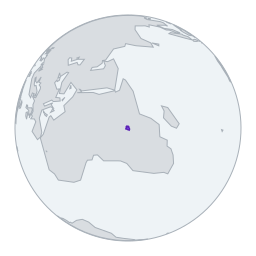 the Earth from above Burundi, rotated 301°
{"feature_id": "BDI", "entity_name": "Burundi", "entity_type": "country or territory", "adm_level": 0, "iso_a3": "BDI", "parent_name": "Africa", "parent_adm1": "", "projection": "orthographic", "projection_center": [29.996, -3.384], "detail": "fine", "context": "on_globe", "style": "filled", "palette": "violet", "viewbox_px": 256, "rotation_deg": 301, "n_neighbors": 0, "source": "natural_earth", "source_scale": "50m", "svg_char_len": 6019}
<svg xmlns="http://www.w3.org/2000/svg" viewBox="0 0 256 256"><g transform="rotate(301 128 128)"><circle cx="128" cy="128" r="113" fill="#eef3f6" stroke="#a8b0b8"/><path d="M16.4,112.7L16.1,116.0L17.0,118.8L17.1,123.4L16.8,126.5L17.6,127.1L17.6,129.1L22.3,131.4L26.2,135.9L27.1,142.8L25.8,151.0L29.2,168.0L28.2,174.0L31.0,180.8L35.6,190.9L34.6,190.6L38.1,195.2L40.1,198.3L40.3,198.7L43.1,202.1L38.1,195.9L33.5,189.3L29.4,182.4L25.8,175.3L22.7,167.9L20.1,160.3L18.1,152.5L16.6,144.6L15.7,136.7L15.4,128.7L15.6,120.7L16.4,112.7ZM58.4,216.5L57.3,215.4L58.0,215.9L59.0,216.8L58.4,216.5ZM229.9,79.9L231.6,84.0L231.5,86.0L232.2,87.9L230.6,85.2L230.8,88.5L235.7,100.7L236.4,104.0L235.7,109.5L235.2,106.9L231.0,99.7L232.0,107.6L235.2,115.2L236.4,123.7L234.6,120.5L233.2,113.1L231.7,110.3L230.9,103.3L227.3,92.8L225.5,94.2L224.4,90.1L219.2,81.6L215.9,83.4L211.4,93.1L212.7,103.6L210.3,108.0L202.6,92.4L199.1,82.5L196.3,83.2L188.3,74.9L174.7,73.8L172.7,71.4L170.2,72.5L164.5,70.0L161.5,66.1L158.1,66.3L166.2,76.6L169.8,76.5L172.8,72.7L174.4,76.4L179.8,80.0L173.9,89.0L153.6,97.1L151.6,89.3L136.0,69.3L136.5,67.1L136.4,66.9L136.2,66.4L134.8,69.9L132.1,66.3L140.5,79.8L141.9,85.9L153.3,97.6L152.3,98.8L156.0,101.3L167.7,98.5L167.8,101.1L162.2,113.4L146.0,130.6L148.1,142.6L147.0,152.9L136.9,159.8L137.8,167.9L132.6,170.8L132.3,175.5L128.1,180.5L121.1,185.3L109.2,185.7L108.4,181.5L102.4,173.5L94.0,154.2L97.0,145.2L95.9,138.4L87.3,124.0L89.2,115.7L86.9,112.5L82.1,113.6L79.5,109.8L76.6,109.9L58.9,114.2L53.6,109.6L47.5,95.1L50.8,88.7L51.6,81.9L74.4,57.9L79.0,58.6L96.7,54.8L98.8,55.5L96.5,60.3L109.6,65.7L114.1,61.5L126.2,64.6L134.4,64.5L137.7,55.6L124.3,55.5L122.2,51.4L133.1,47.8L144.9,48.6L144.5,47.0L137.2,43.5L140.1,41.0L134.7,42.2L136.8,43.7L133.5,44.6L131.4,43.4L132.5,42.4L129.0,41.8L124.6,47.0L126.2,49.1L117.0,50.3L118.7,54.1L116.2,56.0L112.2,50.4L112.7,48.3L105.2,43.0L103.8,45.2L110.8,50.5L108.5,50.1L106.7,53.7L106.3,50.7L99.0,44.9L90.8,46.9L79.9,56.3L75.2,57.6L71.4,56.4L75.7,47.5L85.8,45.8L87.5,43.1L85.8,39.9L89.0,39.9L89.5,38.5L93.4,38.0L99.1,34.5L103.1,33.9L105.6,30.2L108.0,29.6L105.8,31.8L106.4,33.3L116.2,32.7L118.2,31.9L119.1,29.7L121.7,30.1L121.3,28.0L127.1,27.3L119.7,26.7L120.5,24.7L124.2,23.2L123.1,22.6L117.1,25.1L116.0,26.2L117.1,27.3L112.7,31.1L109.2,31.9L108.8,28.0L103.8,28.9L105.6,25.9L120.7,20.2L126.8,19.4L136.3,21.6L134.7,22.6L130.5,22.1L134.1,24.2L133.9,23.2L136.1,23.7L137.4,22.3L139.0,22.6L137.6,21.0L139.7,21.2L140.6,22.2L144.3,20.9L148.8,21.4L148.9,21.0L147.7,20.5L154.2,21.7L153.9,21.4L151.8,20.8L149.9,19.9L149.1,19.0L151.4,19.4L152.0,19.8L156.6,21.7L157.8,23.0L158.7,23.2L158.2,22.1L152.5,19.9L151.4,19.2L154.3,20.1L153.2,19.7L153.3,19.5L155.6,19.9L152.5,18.9L151.1,17.8L158.9,19.7L166.5,22.1L173.9,25.1L181.1,28.6L188.0,32.7L194.6,37.2L200.9,42.1L206.8,47.5L212.3,53.3L217.4,59.5L222.0,66.0L226.2,72.8L229.9,79.9ZM66.3,69.2L65.7,71.2L66.3,69.2ZM157.4,54.4L164.4,55.2L161.2,49.8L163.6,49.7L161.6,48.1L160.9,49.4L156.0,45.0L159.0,43.8L158.2,41.8L155.7,41.5L151.0,44.5L158.0,50.6L156.4,52.6L157.4,54.4ZM55.0,42.2L53.8,43.3L51.3,45.7L52.7,44.3L51.3,45.6L51.5,45.3L55.0,42.2ZM88.7,32.7L89.9,33.3L88.3,34.8L83.3,36.5L85.6,34.2L88.7,32.7ZM92.0,33.8L92.9,30.0L96.1,29.1L94.1,30.2L96.1,30.0L93.6,31.7L95.7,35.0L94.3,36.6L85.8,38.2L89.3,36.6L88.0,36.1L92.0,33.8ZM89.8,24.8L90.2,24.0L96.5,23.0L95.3,24.0L90.3,25.4L88.6,25.2L89.8,24.8ZM116.8,15.9L114.5,16.2L116.5,16.1L113.3,16.5L113.7,16.5L111.2,16.9L109.0,17.5L107.6,17.7L107.3,17.8L105.7,18.2L104.9,18.6L102.0,19.2L100.7,19.7L100.1,19.7L98.7,20.5L98.4,20.2L96.3,20.9L97.7,20.9L84.1,24.8L78.6,27.2L74.2,29.6L74.3,29.1L78.5,26.8L81.3,25.5L89.8,22.0L98.6,19.3L107.6,17.2L116.8,15.9ZM101.5,53.6L103.2,53.7L105.9,53.4L104.8,55.8L101.5,53.6ZM96.4,49.6L97.9,49.2L97.7,52.1L95.9,52.2L96.4,49.6ZM99.0,46.7L98.0,49.0L97.5,47.8L99.0,46.7ZM107.3,31.5L109.0,31.1L109.1,31.6L108.0,32.5L107.3,31.5ZM122.3,17.0L121.1,16.9L121.7,16.8L121.2,16.3L123.6,16.1L124.8,16.4L122.3,17.0ZM135.3,57.0L132.8,58.7L131.6,57.9L132.7,57.5L135.3,57.0ZM118.0,57.0L121.8,58.1L117.6,57.7L118.0,57.0ZM124.8,16.8L124.3,16.6L125.8,16.7L124.8,16.8ZM125.3,16.0L127.1,16.1L123.9,16.1L125.3,16.0ZM174.8,209.0L175.1,210.5L173.5,210.5L174.8,209.0ZM166.0,151.5L158.0,169.7L152.8,169.7L151.9,164.2L155.0,153.2L161.2,150.2L164.2,145.3L166.0,151.5ZM238.9,148.0L239.1,146.6L238.9,147.5L238.9,148.0ZM239.3,144.2L239.3,144.9L239.1,145.3L239.3,144.2ZM239.1,143.9L237.3,141.9L236.2,139.7L236.7,138.0L238.5,139.6L239.1,143.9ZM236.6,137.8L234.6,131.4L229.9,114.5L231.6,115.2L236.2,125.9L236.0,127.5L237.2,132.4L236.6,137.8ZM240.4,130.5L240.1,135.4L239.4,133.9L238.9,132.6L238.6,125.9L238.7,122.9L239.2,123.3L239.7,114.1L240.1,117.3L240.3,121.3L240.6,126.1L240.4,130.5ZM213.2,104.6L215.8,111.2L214.3,112.1L213.2,104.6ZM238.8,107.8L239.3,111.3L238.5,106.2L238.8,107.8ZM233.2,90.9L232.7,91.1L232.2,89.5L232.4,88.4L233.2,90.9ZM144.6,17.5L142.5,18.2L142.6,19.0L145.2,19.9L140.7,19.1L140.5,17.8L144.6,17.5ZM150.1,17.5L148.0,17.1L150.1,17.5ZM148.3,17.2L144.6,16.6L143.6,16.5L146.8,16.9L148.3,17.2ZM134.7,16.0L133.9,16.2L132.7,16.0L134.7,16.0ZM221.2,191.3L220.1,192.4L220.8,190.7L223.1,187.5L228.5,176.8L228.5,177.2L231.5,170.3L234.0,166.0L234.3,165.3L230.7,174.4L226.3,183.0L221.2,191.3ZM240.1,138.8L240.1,138.5L240.5,133.4L240.6,127.7L240.6,127.4L240.1,138.8Z" fill="#d9dde1" stroke="#a8b0b8" stroke-width="1"/><path d="M129.1,126.1L128.9,126.5L128.9,126.8L128.9,127.0L129.0,127.1L129.4,127.2L129.5,127.2L129.6,127.3L129.6,127.5L129.6,127.8L129.3,127.9L129.2,127.9L129.2,128.0L128.8,128.4L128.8,128.5L128.7,128.8L128.4,129.2L128.3,129.4L127.9,129.8L127.6,130.0L126.8,130.1L126.8,129.8L126.7,129.4L126.5,129.0L126.5,128.9L126.5,128.6L126.5,128.2L126.5,127.8L126.5,127.5L126.5,127.4L126.3,127.2L126.2,127.0L126.1,126.9L126.1,126.7L126.4,126.5L126.6,126.6L126.7,126.8L126.8,126.9L127.0,126.9L127.3,126.8L127.6,126.8L127.7,126.7L127.8,126.6L127.8,126.4L127.9,125.9L128.0,125.9L128.2,126.1L128.3,126.1L128.5,126.0L128.8,125.9L129.0,126.0L129.1,126.1Z" fill="#8b5cf6" stroke="#5b21b6" stroke-width="1.5"/></g></svg>